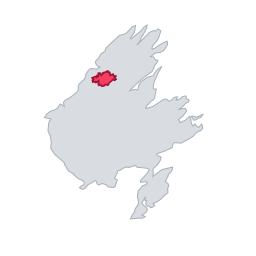 Fermoy Lea-6, Cork, Ireland shown in context, rotated 150°
{"feature_id": "5873133B9082097592121", "entity_name": "Fermoy Lea-6", "entity_type": "district", "adm_level": 2, "iso_a3": "IRL", "parent_name": "Ireland", "parent_adm1": "Cork", "projection": "equal_earth", "projection_center": [-8.317, 52.16], "detail": "fine", "context": "in_parent", "style": "filled", "palette": "rose", "viewbox_px": 256, "rotation_deg": 150, "n_neighbors": 0, "source": "geoboundaries", "source_scale": "gbopen_adm2", "svg_char_len": 7782}
<svg xmlns="http://www.w3.org/2000/svg" viewBox="0 0 256 256"><g transform="rotate(150 128 128)"><path d="M162.5,54.2L157.0,57.0L156.2,58.0L154.6,62.2L154.5,63.4L151.0,68.1L149.1,69.1L146.2,69.9L144.6,70.6L142.5,70.2L139.9,70.3L138.6,71.1L138.6,71.8L139.4,72.5L144.3,74.7L144.0,75.6L142.6,76.6L133.9,79.2L131.3,80.7L130.4,81.7L131.4,83.4L138.3,88.5L139.5,89.1L140.6,92.0L146.7,93.3L149.2,95.1L151.4,95.6L156.1,95.4L158.0,96.1L159.1,95.6L159.7,94.6L165.0,91.0L163.3,88.3L168.6,83.7L170.0,83.7L172.5,85.1L174.6,87.1L175.3,89.7L177.3,92.1L178.5,92.9L181.9,93.4L182.7,94.3L182.2,97.7L182.7,98.8L191.3,98.8L194.8,97.3L197.8,97.5L199.3,99.1L199.9,100.6L197.4,101.2L194.7,100.9L193.4,101.9L193.3,103.9L194.3,106.5L196.1,108.4L197.6,112.5L198.9,117.1L200.8,119.9L201.2,123.3L200.9,125.0L201.3,128.0L200.6,129.1L201.2,132.0L204.5,141.2L205.2,148.5L203.7,151.2L201.7,153.8L200.4,156.9L199.3,160.2L198.8,165.5L194.3,171.8L192.4,173.4L190.2,174.3L195.1,178.8L191.2,180.7L186.8,181.3L181.9,180.2L178.9,180.4L175.1,182.7L174.2,182.2L172.4,178.6L171.1,182.4L168.3,183.6L163.5,183.3L155.6,184.3L152.5,185.4L151.2,187.0L150.3,189.0L149.1,190.1L147.6,190.7L141.5,192.1L140.3,192.7L137.4,195.8L133.7,197.6L130.6,198.2L127.8,196.3L126.7,195.3L125.4,194.7L121.2,194.8L122.5,195.3L123.4,196.6L123.8,199.1L123.3,201.5L121.2,202.7L118.7,203.0L114.8,205.5L109.5,206.1L106.7,208.5L89.4,212.4L88.5,212.4L86.1,211.4L83.5,211.0L80.9,211.3L73.7,213.5L70.2,213.0L74.7,207.6L80.7,204.9L81.3,204.1L79.4,203.8L68.0,205.7L64.0,207.3L60.0,207.7L61.9,205.3L67.0,201.9L71.5,199.7L73.4,197.7L78.8,195.4L61.4,200.1L56.9,199.5L55.9,198.2L52.3,198.8L51.0,195.7L56.3,190.9L59.4,188.9L63.0,187.8L66.5,186.2L67.8,184.3L66.2,183.7L55.8,184.2L50.8,183.8L51.1,182.2L52.0,180.5L57.2,177.6L60.0,177.2L62.5,177.4L66.9,179.2L72.8,178.6L70.4,176.8L70.0,173.0L68.1,171.7L70.5,170.0L73.3,169.0L77.9,165.4L79.5,164.8L88.5,164.0L98.3,162.1L107.9,159.5L103.0,158.0L100.6,156.1L96.8,160.0L94.1,161.5L86.3,162.2L83.9,161.8L80.4,160.6L79.3,161.1L78.3,162.0L73.2,163.9L67.8,164.4L74.1,160.9L82.1,155.0L83.9,153.1L86.4,149.9L85.7,148.4L84.0,147.6L89.8,141.0L91.8,139.8L95.5,139.6L98.2,138.5L99.4,138.5L100.5,138.1L102.8,136.1L99.2,134.9L95.5,134.2L83.8,134.9L82.3,134.8L80.9,134.2L79.9,133.3L79.2,131.0L78.4,130.5L75.8,130.5L73.2,131.2L71.4,131.1L69.6,130.2L72.5,127.9L68.8,127.3L65.1,127.8L62.1,127.1L62.0,125.6L63.4,124.2L61.6,122.8L61.3,121.1L63.2,120.3L65.3,120.6L69.7,119.3L75.2,118.7L70.5,117.4L68.6,116.3L68.5,114.7L68.9,113.3L74.4,110.9L80.3,109.9L79.8,108.3L80.3,106.6L74.4,106.1L68.5,107.3L69.2,104.1L70.6,101.2L70.9,99.3L70.7,97.2L67.9,98.1L67.6,95.2L66.5,93.3L62.4,94.6L62.6,92.0L63.8,90.2L65.9,89.4L68.0,89.7L71.9,89.7L75.6,88.3L81.0,88.0L89.6,88.4L95.5,92.3L97.0,91.6L99.4,89.1L100.5,88.9L109.4,89.9L115.0,91.3L116.5,90.9L115.7,88.2L113.8,86.3L116.2,83.9L119.1,82.2L121.0,81.4L125.5,80.4L127.4,79.4L128.7,76.2L130.8,73.6L119.6,75.0L108.9,71.9L110.6,69.7L112.9,68.4L116.8,67.5L117.1,66.4L119.1,65.4L122.3,62.9L121.1,59.7L121.8,57.3L124.1,55.8L124.9,53.5L125.9,51.9L130.6,51.3L135.2,49.8L142.2,49.6L144.0,50.2L143.6,47.5L146.9,47.2L148.2,47.7L148.8,49.6L150.3,50.8L150.7,52.9L149.8,54.6L148.1,55.8L149.6,57.1L147.2,59.4L149.8,58.4L153.5,56.2L153.3,54.3L152.6,52.0L151.6,49.9L152.1,47.6L154.1,46.1L159.5,45.4L157.3,42.8L159.2,42.5L161.4,43.1L164.6,45.1L171.3,48.0L168.0,50.5L164.0,52.3L162.5,54.2ZM67.4,105.2L67.2,106.4L64.6,104.9L63.4,103.1L56.3,102.4L59.3,100.7L60.7,101.2L65.7,101.2L67.1,101.9L67.4,105.2Z" fill="#d9dde1" stroke="#a8b0b8" stroke-width="1"/><path d="M113.9,176.4L114.0,176.4L114.0,176.5L114.0,177.1L114.2,177.3L114.3,177.6L114.3,177.8L114.2,178.0L114.4,178.1L115.0,178.4L114.7,178.6L114.8,178.6L114.3,178.5L114.1,178.5L113.7,178.8L113.7,179.0L113.4,179.0L113.3,178.7L113.1,178.7L113.2,178.9L113.1,179.2L113.0,179.3L112.9,179.3L113.0,179.4L113.2,179.6L113.2,179.8L113.4,179.8L113.6,179.7L113.8,179.7L113.9,179.8L113.9,180.0L114.1,180.6L114.3,180.8L114.4,181.0L114.4,181.6L114.4,181.8L114.1,182.0L113.9,182.1L114.0,182.2L114.3,182.1L114.4,182.3L114.5,182.3L114.8,182.3L115.0,182.3L115.4,182.1L115.5,182.1L115.5,182.3L115.8,182.3L116.3,182.5L116.6,182.7L116.8,182.7L116.7,182.8L116.7,183.1L116.4,183.1L116.5,183.3L116.8,183.5L116.6,183.8L116.5,184.0L116.3,184.1L116.3,184.3L116.3,184.6L116.2,184.8L116.3,184.9L116.2,185.0L116.5,185.1L116.8,185.2L116.7,185.4L116.6,185.6L116.8,185.7L116.9,185.8L117.1,186.0L117.1,186.4L116.8,186.5L116.5,186.6L116.6,187.0L117.7,187.1L117.8,187.2L117.7,187.2L117.5,187.3L117.8,187.5L117.7,187.7L117.9,187.7L118.1,187.7L118.1,187.4L117.9,187.3L118.1,187.0L118.3,187.1L118.5,187.3L118.8,187.4L118.8,187.5L119.0,187.7L119.4,187.7L119.5,187.7L119.9,187.7L119.8,187.8L120.1,187.9L120.3,187.9L120.5,187.9L120.7,188.0L120.8,188.0L120.9,187.9L121.1,187.9L121.1,188.0L121.3,188.2L121.4,188.3L121.8,188.4L122.0,188.3L122.6,188.2L122.8,188.1L122.9,187.7L122.8,187.4L123.0,187.3L123.3,187.3L123.5,187.4L123.9,187.2L124.1,187.2L124.1,187.3L124.3,187.4L124.3,187.6L124.4,187.8L124.6,187.7L124.9,187.6L125.0,187.5L125.0,187.8L125.2,188.1L125.1,188.4L125.1,188.6L125.1,188.8L125.3,188.9L125.5,189.2L125.6,189.3L125.2,189.2L125.1,189.4L125.0,189.6L124.9,189.6L125.1,189.8L125.6,190.1L125.8,190.1L126.0,190.2L126.0,189.9L126.2,189.6L126.6,189.5L126.7,189.4L126.9,189.3L127.0,189.1L127.7,188.9L128.2,189.0L128.3,189.0L128.4,188.9L128.8,188.9L129.5,188.8L129.8,188.8L129.7,188.6L129.4,188.6L129.0,188.5L128.4,188.5L128.1,188.3L128.0,188.2L127.9,188.0L128.0,187.9L127.9,187.8L127.8,187.7L128.2,187.5L128.3,187.5L128.7,187.5L128.7,187.4L128.8,187.2L128.8,187.4L129.1,187.5L129.1,187.8L129.4,187.8L129.7,187.9L129.9,187.8L129.9,188.0L130.0,188.2L130.1,188.4L130.2,188.6L130.3,188.7L130.7,188.6L130.9,188.8L131.0,188.9L131.1,189.0L131.3,189.1L131.7,189.1L131.9,189.1L132.1,189.1L132.3,189.2L133.1,189.1L133.2,189.3L133.3,189.3L133.5,189.3L133.8,189.4L134.1,189.5L134.2,189.4L134.1,189.2L133.9,188.9L133.8,188.6L133.7,188.6L133.6,188.4L133.5,188.2L133.5,187.9L133.4,187.8L133.4,187.7L133.2,187.5L133.2,187.4L133.4,187.2L133.5,187.3L134.2,187.5L134.7,187.4L134.8,187.2L135.0,187.1L134.9,186.8L135.1,186.7L135.1,186.4L135.1,186.2L134.9,186.1L135.0,186.0L134.9,186.0L135.0,185.9L134.9,185.9L134.8,185.5L134.7,185.5L134.7,185.4L134.8,185.3L134.7,185.3L134.7,185.2L134.4,185.2L134.1,184.9L134.1,184.6L133.8,184.6L133.6,184.6L133.2,184.5L133.2,184.4L133.2,184.2L132.8,184.2L132.7,184.0L132.7,183.9L132.8,183.9L132.8,183.7L133.1,184.0L133.5,184.1L133.5,183.9L133.5,183.7L133.3,183.6L133.1,183.4L132.8,183.5L132.7,183.5L132.3,183.6L132.3,183.4L132.2,183.4L131.8,183.5L131.8,183.3L131.0,183.4L130.6,183.5L129.9,183.5L130.0,183.4L130.3,183.1L130.2,183.0L130.1,182.9L130.1,182.6L130.2,182.4L130.3,182.4L130.8,182.5L130.9,182.3L130.9,182.1L131.1,182.0L131.3,181.5L131.4,181.0L131.2,180.8L131.3,180.7L131.6,180.6L132.0,180.5L131.9,180.2L132.0,179.4L131.6,179.4L131.0,179.3L130.9,179.3L130.8,179.2L130.3,179.1L130.1,179.0L130.0,178.5L129.8,178.2L129.9,177.9L129.7,177.9L129.8,177.7L129.8,177.4L129.4,177.4L129.3,177.2L129.2,176.9L128.7,176.9L128.3,176.6L128.0,176.6L127.8,176.7L127.7,176.5L127.0,176.6L126.9,176.5L126.7,176.6L126.3,176.8L126.1,176.8L125.7,176.9L125.7,177.0L125.5,176.9L125.4,176.8L125.1,176.6L125.1,176.4L125.1,176.2L124.6,175.6L124.6,175.4L124.4,175.4L124.3,175.5L124.0,175.5L123.8,175.5L123.9,175.4L123.8,175.2L123.6,175.1L123.3,175.2L123.2,175.4L122.9,175.4L122.8,175.5L122.8,175.8L122.8,176.0L122.6,176.1L122.4,176.1L122.2,176.2L122.1,176.3L122.0,176.5L120.0,176.7L119.7,176.8L118.6,177.0L118.1,177.1L117.8,177.2L117.6,177.3L117.6,177.2L117.3,177.2L117.1,177.1L116.9,177.0L116.7,177.0L116.4,176.9L116.3,176.7L115.9,176.0L115.6,176.1L115.5,175.9L115.1,175.9L114.9,176.3L114.5,176.4L114.3,176.5L114.3,176.3L114.1,176.3L113.9,176.2L113.9,176.4Z" fill="#f43f5e" stroke="#9f1239" stroke-width="1.5"/></g></svg>